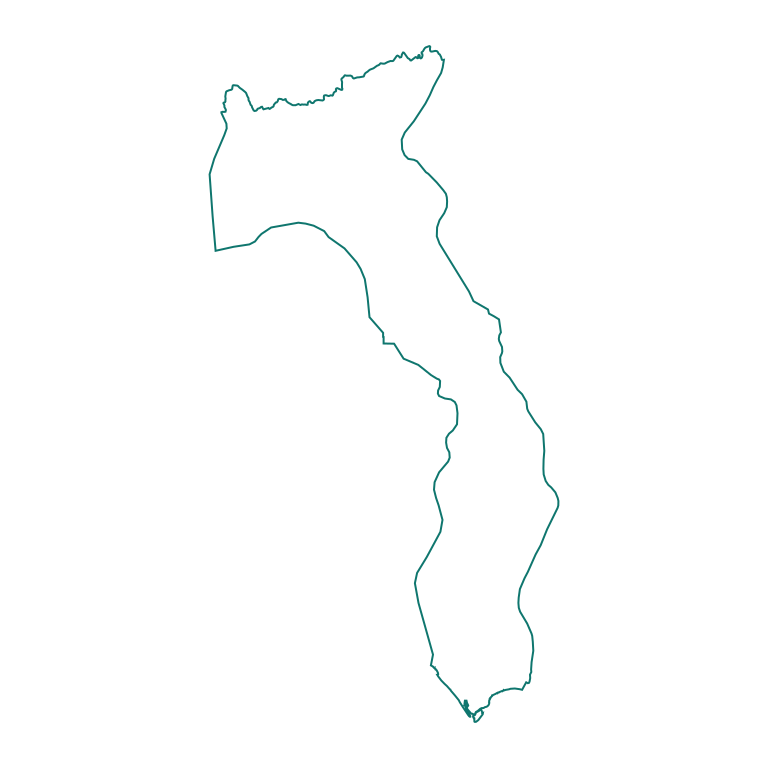 Katingan, Kalimantan Tengah, Indonesia (Robinson projection)
{"feature_id": "22746128B40819362853427", "entity_name": "Katingan", "entity_type": "district", "adm_level": 2, "iso_a3": "IDN", "parent_name": "Indonesia", "parent_adm1": "Kalimantan Tengah", "projection": "robinson", "projection_center": [113.294, -1.875], "detail": "fine", "context": "isolated", "style": "outline", "palette": "teal", "viewbox_px": 768, "rotation_deg": 0, "n_neighbors": 0, "source": "geoboundaries", "source_scale": "gbopen_adm2", "svg_char_len": 5948}
<svg xmlns="http://www.w3.org/2000/svg" viewBox="0 0 768 768"><path d="M443.9,59.8L443.4,59.9L442.0,59.8L441.7,59.2L441.1,57.0L439.8,54.5L438.7,53.8L437.7,51.9L436.8,51.1L435.2,50.9L432.5,51.5L431.2,51.6L430.6,51.3L430.2,50.6L430.0,49.7L430.0,48.4L430.2,47.4L430.2,46.7L429.7,46.2L429.3,46.1L425.8,47.4L425.0,48.0L424.3,48.9L423.0,51.2L421.6,52.4L421.7,53.6L422.4,54.2L422.5,55.7L422.0,57.3L421.4,58.1L420.8,58.4L419.9,57.9L419.6,55.4L419.4,55.1L419.0,55.0L418.6,55.1L418.3,55.5L417.9,58.1L417.3,58.2L416.2,57.2L415.5,57.1L411.7,60.1L411.1,60.5L410.4,60.4L409.5,59.1L407.8,58.1L404.2,53.0L403.6,52.5L403.0,52.5L401.8,54.7L401.7,55.7L401.2,57.1L399.8,57.5L398.5,56.0L397.4,55.6L396.7,56.0L393.3,60.8L392.3,61.1L390.5,61.0L387.5,62.1L384.7,63.6L383.2,63.7L380.7,63.3L380.2,63.6L379.3,64.7L377.8,65.5L377.1,65.7L373.5,68.3L370.1,69.6L368.7,70.6L367.8,71.5L365.5,73.0L364.4,74.5L364.1,75.8L363.6,76.5L359.2,77.3L357.2,77.4L354.2,78.4L353.5,78.4L352.8,77.8L352.0,76.3L350.6,75.6L346.5,75.7L345.0,75.3L344.7,75.4L343.4,77.1L341.9,78.4L341.5,78.9L341.4,79.7L342.1,82.1L342.0,84.0L342.0,87.7L342.4,88.8L342.2,89.7L341.3,89.9L337.4,88.2L336.4,88.4L335.9,89.1L336.1,90.7L335.9,91.3L334.7,91.8L333.8,92.7L332.9,95.2L332.5,95.6L330.7,95.3L329.0,96.0L328.4,96.0L326.0,95.2L324.9,95.3L324.1,95.6L323.8,96.8L324.0,99.3L323.4,100.1L322.5,100.5L318.3,100.0L316.3,100.3L314.7,101.1L313.5,102.8L312.5,103.1L311.3,102.8L310.1,101.3L309.7,101.2L308.7,101.7L307.9,102.7L307.6,104.7L306.8,104.9L305.1,104.5L303.4,104.6L301.9,104.4L300.5,105.0L298.4,104.0L295.6,105.2L292.9,105.2L291.3,104.5L290.7,103.9L289.6,103.5L287.8,102.4L286.4,101.1L285.6,99.1L285.2,99.1L284.3,99.8L282.8,99.9L281.4,99.1L279.1,98.8L278.3,99.3L277.6,101.4L276.7,102.4L275.8,102.5L274.4,104.1L273.9,104.8L273.5,106.4L272.6,107.1L271.7,107.4L269.9,108.8L269.4,108.9L268.5,108.0L263.5,109.3L263.0,108.7L262.1,106.8L261.2,106.9L259.7,108.1L257.6,108.8L257.1,109.8L256.3,110.6L254.7,111.0L253.7,110.5L252.0,107.2L251.9,106.4L251.5,105.6L250.6,104.8L249.5,101.6L248.9,100.9L248.5,99.8L248.5,98.2L247.4,96.3L246.1,93.0L245.3,92.1L242.4,89.7L239.7,87.8L237.9,85.9L237.2,85.6L233.6,85.2L232.8,85.5L232.5,86.6L232.2,88.9L231.5,89.7L229.0,90.3L226.6,91.3L226.0,92.1L225.3,96.4L225.6,98.8L225.4,99.8L225.4,101.5L225.0,102.2L223.6,102.7L223.4,103.2L224.4,105.4L224.4,107.0L225.7,109.4L225.9,110.1L225.5,111.7L224.2,111.9L222.6,111.8L220.6,112.5L221.2,112.5L226.4,123.7L226.7,128.4L224.3,135.1L214.2,158.8L209.6,174.3L212.6,216.1L215.6,250.8L233.6,246.8L249.4,244.4L255.0,241.5L258.5,237.0L261.5,233.9L271.1,227.5L298.3,222.7L305.6,223.6L313.7,225.7L324.2,231.1L328.6,237.1L344.5,248.4L356.6,262.3L360.6,268.9L364.8,279.1L367.6,297.3L369.5,317.2L383.1,332.8L383.1,336.9L383.6,337.0L383.6,343.5L394.1,343.7L403.6,358.7L418.3,364.9L431.2,375.2L436.9,378.7L438.9,379.4L440.1,381.0L439.8,387.0L438.1,390.5L437.9,393.6L439.1,396.0L444.9,398.5L450.9,399.4L454.8,402.0L456.5,405.4L457.5,413.2L457.0,424.3L452.8,430.5L449.0,433.7L446.4,437.8L446.1,442.6L447.0,447.9L449.3,452.3L449.7,457.6L448.1,461.6L439.1,472.3L434.6,482.2L434.0,489.7L436.1,498.0L438.6,505.3L442.5,519.9L440.4,531.8L426.8,557.0L417.1,572.9L414.9,583.2L418.5,603.0L433.0,654.6L430.9,665.4L433.2,666.7L433.3,667.1L434.2,667.8L434.5,667.7L434.4,668.1L434.8,668.3L434.9,668.6L435.5,668.9L435.8,669.3L435.7,669.6L436.6,670.2L437.9,672.7L438.2,674.3L437.8,674.9L437.3,674.9L438.2,676.4L441.3,680.5L444.6,683.9L446.9,686.0L450.0,689.5L450.4,689.6L450.8,690.6L455.0,695.5L458.8,700.2L459.8,702.2L462.9,707.1L468.1,714.9L469.1,716.2L470.0,716.8L470.3,716.7L470.3,716.1L469.2,714.3L468.9,713.9L466.4,709.9L465.8,707.4L464.7,705.2L464.3,705.2L464.6,704.5L464.5,703.7L464.9,700.7L466.5,700.7L467.0,702.9L468.0,704.9L468.2,705.6L466.8,707.6L467.5,709.3L471.2,713.6L471.8,713.8L472.2,713.7L474.1,714.6L474.5,714.6L474.8,714.4L475.9,712.0L477.8,710.9L480.2,708.8L481.6,708.1L483.6,708.0L484.8,707.2L486.7,706.7L487.7,706.0L488.6,705.0L489.1,703.8L489.3,702.7L489.0,702.2L489.3,700.9L489.2,700.5L489.7,699.6L489.6,699.2L489.9,699.1L490.1,698.3L490.3,698.4L490.8,697.3L492.0,696.1L492.0,695.6L492.1,695.4L492.5,695.5L492.7,695.2L495.5,693.9L496.8,693.1L497.7,692.7L497.8,692.9L498.1,692.5L499.3,692.3L499.5,692.0L502.6,690.8L502.7,691.0L503.2,690.6L503.6,690.6L504.0,690.4L504.0,690.1L504.5,690.3L505.6,689.9L509.0,689.3L510.4,688.8L514.8,688.5L519.7,689.2L522.1,689.8L526.2,682.3L527.8,683.2L529.0,682.8L529.1,682.4L529.5,681.8L530.2,678.1L530.0,674.7L531.3,672.0L531.1,669.4L531.6,662.1L533.3,650.8L532.8,641.8L532.2,635.9L531.5,633.5L527.2,623.6L520.1,611.7L518.8,607.8L518.4,602.9L518.7,597.6L519.9,589.1L524.5,578.3L527.9,571.8L535.6,554.5L540.7,545.2L547.1,529.3L557.6,507.9L558.3,505.5L558.4,501.0L557.7,498.0L555.4,492.4L551.2,487.4L548.3,484.9L545.7,481.0L543.7,474.5L543.4,468.8L543.6,459.7L544.3,450.9L543.2,434.0L540.8,429.2L535.2,422.3L528.3,411.4L527.2,408.7L526.4,401.7L522.1,394.2L517.6,389.8L509.6,377.6L503.8,371.7L500.4,362.9L500.2,357.1L501.9,353.2L502.3,351.4L502.0,347.0L499.2,341.0L498.8,338.9L499.3,335.4L500.9,332.4L499.0,319.4L494.0,316.3L489.0,313.6L488.0,309.5L473.5,301.2L469.0,291.5L439.6,243.8L436.8,236.3L437.1,227.3L439.5,220.2L444.2,213.2L446.8,207.2L447.1,201.5L446.8,197.2L445.9,193.8L443.3,190.2L436.8,182.5L428.3,173.8L425.9,172.2L417.1,161.3L413.9,159.8L408.3,158.9L404.6,155.1L402.2,149.4L401.7,139.6L404.8,132.5L413.8,121.3L425.4,103.6L429.8,95.2L433.4,87.0L436.9,80.3L441.1,73.0L442.7,67.4L443.9,59.8ZM482.3,712.9L481.5,710.2L481.0,709.4L480.8,709.4L478.8,711.0L476.0,712.5L475.1,714.8L474.1,715.6L473.1,716.0L473.1,716.8L473.4,717.6L474.0,718.4L474.0,717.5L474.4,718.3L474.2,719.3L474.4,719.9L474.3,721.1L474.6,721.8L475.2,721.9L476.2,721.7L478.3,720.1L482.7,714.3L482.9,713.2L482.6,713.4L482.2,713.2L481.8,714.0L482.3,712.9ZM467.9,705.2L466.4,702.9L465.9,702.7L465.6,703.3L465.4,704.7L465.5,705.3L466.6,707.0L467.6,706.1L467.4,705.2L467.7,705.6L467.9,705.5L467.9,705.2Z" fill="none" stroke="#0f766e" stroke-width="2"/></svg>